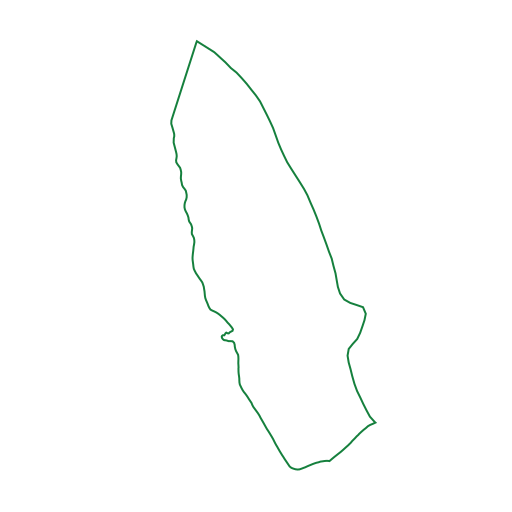 outline of Ayn, Shabwah, Yemen, rotated 326°
{"feature_id": "15242507B91008874349012", "entity_name": "Ayn", "entity_type": "district", "adm_level": 2, "iso_a3": "YEM", "parent_name": "Yemen", "parent_adm1": "Shabwah", "projection": "robinson", "projection_center": [45.555, 14.95], "detail": "fine", "context": "isolated", "style": "outline", "palette": "green", "viewbox_px": 512, "rotation_deg": 326, "n_neighbors": 0, "source": "geoboundaries", "source_scale": "gbopen_adm2", "svg_char_len": 3754}
<svg xmlns="http://www.w3.org/2000/svg" viewBox="0 0 512 512"><g transform="rotate(326 256 256)"><path d="M261.8,460.9L261.6,460.0L260.6,452.9L261.3,445.8L262.2,438.6L263.3,431.7L264.3,424.4L266.1,417.1L268.7,409.2L271.1,402.7L273.3,396.1L276.2,389.8L280.9,384.9L287.0,383.0L293.5,381.4L299.3,378.0L304.8,373.9L310.0,369.9L314.7,365.3L316.1,358.3L312.1,353.0L307.9,347.6L304.8,341.4L304.7,334.1L306.6,327.4L309.4,321.1L312.2,314.9L314.7,307.5L317.3,300.5L318.9,293.3L320.8,286.1L322.8,278.0L324.4,271.2L325.8,266.4L326.4,264.3L328.2,256.8L329.7,249.7L331.0,242.4L332.6,234.3L333.3,227.3L333.6,219.3L333.8,210.9L334.0,203.3L334.3,195.6L335.3,188.5L336.4,181.6L337.8,174.6L339.8,166.9L341.7,159.5L342.9,152.2L343.9,145.2L344.9,137.2L345.8,130.1L345.7,122.6L345.1,115.6L344.6,108.3L343.6,100.4L342.4,93.0L340.3,86.3L338.9,78.2L337.5,72.5L337.2,71.2L335.4,63.8L329.3,49.9L327.1,44.9L325.9,45.7L292.0,72.4L261.7,96.3L259.7,99.0L258.4,103.2L256.6,108.6L256.1,109.6L255.2,111.0L253.7,112.4L251.1,116.0L247.9,125.1L247.1,127.1L246.1,128.9L244.8,130.4L243.3,131.9L242.3,133.8L242.2,136.2L242.3,138.3L242.4,140.4L241.8,142.4L240.9,144.6L239.8,146.2L238.3,148.0L237.1,149.6L236.1,151.7L235.4,153.6L234.4,155.8L234.1,158.1L234.3,160.4L234.3,162.6L233.5,164.7L232.7,166.6L231.3,168.6L229.7,170.1L228.1,171.1L226.6,172.3L225.2,173.8L223.9,175.7L223.1,177.7L222.7,179.9L222.5,182.2L222.1,184.2L221.5,186.3L220.5,188.3L219.9,190.1L219.9,193.4L219.3,195.6L218.7,197.2L217.4,198.8L216.1,200.3L215.1,202.0L214.9,204.3L214.6,206.3L213.8,208.2L212.7,210.0L211.2,211.7L209.5,213.4L208.2,215.0L206.7,216.8L205.2,218.5L203.7,220.3L202.3,222.1L201.2,223.9L200.2,225.9L199.2,227.9L198.2,229.8L197.3,231.8L196.9,234.0L196.7,236.0L196.6,236.5L196.6,238.7L196.6,240.9L196.6,243.3L196.7,245.6L196.7,247.9L196.2,249.9L195.5,252.3L194.6,254.2L193.5,256.6L192.5,258.4L191.4,260.4L190.5,262.4L189.9,264.6L189.5,266.8L189.1,268.8L188.6,270.8L188.3,272.9L188.3,275.0L189.3,276.9L190.5,278.8L191.5,280.6L192.3,282.4L193.0,284.4L193.6,286.6L194.2,288.7L194.7,290.9L195.0,293.1L195.2,295.4L195.6,297.5L195.8,299.6L196.0,301.8L195.9,303.9L194.7,304.9L192.9,304.7L192.0,304.6L191.6,304.6L190.1,304.9L189.8,304.7L189.3,304.3L189.1,304.0L188.5,302.9L187.6,303.0L186.3,303.6L185.4,304.0L184.3,303.2L183.8,303.2L183.1,303.3L182.5,303.7L182.0,304.9L182.0,306.4L182.4,307.7L182.7,308.1L182.8,308.1L184.4,309.6L185.6,311.2L187.2,312.3L188.9,313.6L189.3,315.7L188.7,317.6L187.7,319.4L186.8,321.6L186.3,323.7L186.1,325.8L185.9,327.9L185.0,329.7L183.8,331.6L182.5,333.4L181.3,335.1L180.2,337.0L179.1,338.8L178.7,339.2L177.8,340.6L176.7,342.3L175.7,344.1L174.6,346.4L173.6,348.3L172.5,350.0L171.5,351.7L170.7,353.6L170.4,355.7L170.1,357.7L169.9,360.0L169.9,362.1L170.1,364.1L170.2,366.2L170.2,368.6L170.1,370.7L170.1,372.8L170.1,375.3L169.6,377.6L169.4,379.8L169.5,382.1L169.6,384.8L169.7,387.6L169.6,390.3L169.3,392.6L169.1,395.5L168.9,398.4L168.7,400.7L168.5,403.1L168.3,405.5L168.3,407.8L168.2,410.7L168.1,412.7L168.0,414.8L167.8,417.5L167.5,419.6L167.2,421.9L167.0,424.1L166.9,426.2L166.7,428.5L166.7,428.8L166.5,431.2L166.4,433.6L166.3,435.6L166.3,437.9L166.2,440.2L166.2,442.4L166.2,444.9L166.2,447.2L166.2,449.3L166.8,451.2L167.0,451.6L168.1,453.2L169.5,454.9L171.1,456.3L172.7,457.2L174.9,457.8L176.7,458.2L178.7,458.7L180.7,459.0L182.8,459.4L184.7,459.8L186.7,460.2L188.7,460.7L190.5,461.2L192.5,462.0L194.5,462.5L196.3,463.4L198.2,464.3L200.0,465.3L201.6,466.5L202.2,467.1L205.6,466.7L208.6,466.4L211.3,466.2L213.9,466.0L216.8,465.8L220.0,465.4L223.4,464.9L227.2,464.4L227.4,464.3L229.8,463.9L232.6,463.1L235.8,462.5L238.7,461.8L240.9,461.5L241.8,461.2L244.9,460.7L247.9,460.3L250.8,460.1L253.7,459.7L256.3,459.9L259.2,460.5L261.8,460.9Z" fill="none" stroke="#15803d" stroke-width="2"/></g></svg>